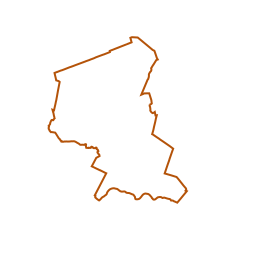 Manesti, Prahova, Romania, rotated 141°
{"feature_id": "2599482B80791609444721", "entity_name": "Manesti", "entity_type": "district", "adm_level": 2, "iso_a3": "ROU", "parent_name": "Romania", "parent_adm1": "Prahova", "projection": "robinson", "projection_center": [25.843, 44.863], "detail": "fine", "context": "isolated", "style": "outline", "palette": "amber", "viewbox_px": 256, "rotation_deg": 141, "n_neighbors": 0, "source": "geoboundaries", "source_scale": "gbopen_adm2", "svg_char_len": 5492}
<svg xmlns="http://www.w3.org/2000/svg" viewBox="0 0 256 256"><g transform="rotate(141 128 128)"><path d="M188.2,179.6L188.2,179.4L188.3,179.0L188.5,178.8L189.0,178.6L189.1,178.4L189.4,178.2L189.5,177.9L189.8,177.7L190.1,177.4L190.2,177.1L190.2,176.6L190.2,176.3L190.4,175.8L190.6,175.5L190.6,175.3L190.5,175.0L190.6,174.7L190.6,174.3L190.6,173.9L190.5,173.4L190.4,173.4L188.8,171.7L187.5,170.2L187.6,168.8L188.2,164.0L188.3,163.6L188.3,163.4L188.1,162.9L188.0,162.6L188.1,162.3L188.3,160.4L187.9,160.1L187.7,159.4L188.1,159.1L187.6,158.6L187.0,158.1L186.7,157.9L185.6,157.3L185.1,156.8L184.6,156.5L183.8,155.8L182.2,154.5L180.1,153.1L179.3,152.4L178.3,151.7L177.7,150.8L177.3,150.0L176.6,148.0L176.3,147.4L176.1,146.9L175.7,145.1L175.4,144.8L173.4,143.2L173.0,142.8L172.8,142.6L172.7,142.5L172.4,142.4L172.1,142.4L171.6,142.4L171.1,142.1L171.0,141.9L170.9,141.7L171.0,141.5L171.1,141.4L171.6,141.0L172.0,140.7L172.9,138.9L171.6,137.6L171.1,137.2L170.8,137.3L170.6,137.0L169.9,136.3L169.6,136.1L169.2,136.0L168.7,136.4L168.5,136.5L168.3,136.5L168.1,136.4L167.7,135.8L167.6,135.6L167.5,135.3L167.5,135.1L167.6,134.7L167.6,134.4L167.4,134.0L166.6,133.3L166.3,133.1L166.1,132.9L165.7,133.0L165.4,133.0L165.2,132.9L165.0,132.7L164.9,132.6L164.9,132.4L165.0,132.2L165.2,131.8L165.4,131.5L165.4,131.4L165.5,131.1L165.5,130.8L165.2,130.3L165.2,130.1L165.3,129.7L165.5,129.1L165.6,128.7L165.8,128.7L166.1,128.7L166.3,128.7L166.5,128.7L166.8,128.6L167.0,128.4L167.1,128.2L167.2,127.9L167.1,127.6L167.2,127.2L167.3,126.5L167.3,126.3L167.3,126.1L167.1,125.7L167.2,125.1L167.4,124.7L167.7,124.3L167.8,124.1L171.4,124.8L180.3,121.0L176.3,112.6L176.2,112.6L174.3,108.4L173.9,107.5L173.4,106.5L186.0,101.0L196.1,96.6L195.9,96.3L195.8,96.1L195.9,95.9L196.0,95.7L196.7,95.3L196.8,95.1L197.0,94.9L197.1,94.6L197.1,94.4L197.0,94.0L196.9,93.0L196.7,92.2L196.3,90.6L196.3,90.4L196.2,90.2L196.0,89.9L195.9,89.9L195.7,89.8L195.2,89.9L194.7,89.9L193.9,90.0L192.7,90.2L192.2,90.3L191.4,90.3L190.8,90.2L190.0,90.0L189.1,90.0L188.2,90.0L187.3,89.9L186.9,89.9L186.5,90.0L185.9,90.2L185.3,90.7L184.5,91.1L183.6,91.4L182.6,91.6L181.8,91.7L181.3,91.7L180.6,91.7L180.0,91.6L178.8,91.2L177.8,90.7L176.8,90.0L175.6,88.4L174.8,87.5L174.5,86.6L174.2,85.1L174.0,84.6L173.9,84.1L173.8,83.7L173.1,82.7L172.4,82.1L171.2,81.3L170.6,80.8L170.3,80.3L170.1,79.6L170.1,79.1L169.6,78.2L168.0,76.7L167.6,76.0L166.5,73.9L165.9,73.0L165.8,72.4L165.8,72.0L165.9,70.7L165.9,70.2L166.3,69.5L166.5,69.1L166.7,68.7L166.9,68.2L166.8,67.9L166.7,67.7L166.2,67.2L165.8,66.9L165.4,66.6L165.1,66.4L164.4,66.1L163.9,65.9L163.5,65.9L163.1,65.9L162.7,65.9L161.7,66.1L161.0,66.2L159.5,66.6L158.9,66.7L157.9,66.8L156.8,66.6L156.3,66.4L155.9,66.2L155.6,66.0L154.9,65.2L154.1,64.3L153.8,63.9L153.6,63.3L153.4,62.7L153.3,61.7L153.3,60.8L153.2,59.9L153.3,59.1L153.5,58.3L153.4,58.0L153.3,57.9L153.3,57.6L153.3,57.4L153.4,57.1L153.4,56.9L153.3,56.5L153.1,56.2L152.8,55.9L151.7,55.4L148.6,55.4L147.6,54.9L146.5,54.2L145.9,53.5L145.6,53.1L145.3,52.0L145.1,51.8L144.1,51.4L143.8,51.2L143.4,50.8L142.3,49.1L141.4,47.8L140.6,46.9L140.3,46.6L140.0,45.7L140.1,45.3L140.2,44.6L140.0,44.4L139.2,43.8L138.9,43.4L138.6,43.0L138.4,42.1L138.0,41.5L136.7,39.0L131.4,40.0L128.0,40.7L122.0,41.9L122.4,42.8L122.6,43.1L121.9,43.3L121.7,43.4L121.5,43.6L121.3,43.8L121.2,44.1L121.1,44.3L121.0,44.6L121.1,48.4L121.0,57.0L121.1,59.4L121.8,60.4L124.4,64.3L128.1,69.6L125.4,71.3L120.2,74.6L116.6,76.8L115.0,77.9L108.9,81.7L105.9,83.5L106.9,87.4L107.0,87.8L109.2,95.3L110.2,98.5L110.5,99.7L110.7,100.5L111.1,101.7L111.8,104.0L112.8,107.4L113.1,108.0L109.8,110.3L108.3,111.5L107.2,112.4L102.9,115.7L100.1,118.0L99.1,118.8L99.1,118.7L97.6,119.8L98.7,120.5L97.1,123.6L98.1,123.6L98.8,123.8L99.4,124.0L99.7,124.6L99.8,125.2L99.9,126.0L99.8,126.9L99.7,127.5L98.7,128.6L97.7,130.3L97.5,130.6L97.5,130.8L97.4,131.1L97.3,131.5L96.4,132.6L96.5,132.7L95.9,132.3L95.3,132.1L94.1,132.1L92.3,135.0L89.7,141.6L90.8,142.5L93.3,144.4L93.5,144.6L94.7,144.9L96.7,145.5L82.4,153.2L82.1,153.3L81.6,153.3L81.4,153.4L81.1,153.6L80.6,154.0L80.2,154.2L79.6,154.7L79.0,155.3L78.8,155.5L78.6,155.8L78.3,156.2L78.1,156.4L77.9,156.6L77.4,156.9L76.9,157.1L75.5,157.6L75.2,157.6L74.6,157.7L74.0,157.9L73.7,158.1L73.2,158.5L73.0,158.8L72.6,159.4L72.5,159.8L72.4,159.9L72.2,159.9L69.0,161.1L68.7,161.1L64.4,162.6L63.2,163.0L62.1,162.6L61.8,162.5L61.6,163.8L61.6,164.0L59.3,170.2L59.1,170.9L58.9,171.4L59.2,172.1L59.7,173.1L60.7,178.3L63.5,192.2L67.8,196.1L69.4,196.6L71.3,192.3L93.7,199.4L94.3,198.4L100.6,200.4L101.0,200.6L105.1,202.0L108.7,203.2L110.1,203.5L110.4,203.6L111.7,204.0L112.1,204.2L112.3,204.2L114.2,204.9L114.8,205.0L119.0,206.5L119.8,206.7L120.5,207.0L121.0,207.1L121.3,207.2L121.5,207.3L129.5,210.0L132.0,210.8L133.2,211.2L133.3,211.3L133.8,211.4L135.0,211.9L141.0,213.8L143.1,214.5L143.3,214.6L144.3,215.0L147.1,215.9L147.6,216.0L147.8,216.2L148.0,216.2L149.7,216.8L150.5,217.0L152.4,213.0L153.6,210.6L153.7,210.4L153.8,210.2L153.5,209.8L152.8,208.7L152.5,208.3L152.2,207.5L152.1,206.8L158.9,201.1L166.3,194.7L167.4,193.9L169.8,191.9L170.6,191.3L171.1,190.9L174.4,188.3L175.2,189.7L176.4,187.0L176.4,186.8L177.9,184.0L178.3,183.0L178.7,182.3L178.8,182.2L179.0,181.8L179.0,181.7L180.2,181.5L180.9,181.2L181.2,181.1L181.4,181.2L181.4,181.4L181.5,181.5L181.7,181.8L181.9,182.0L182.2,182.1L182.3,182.2L182.6,182.2L182.9,182.1L183.7,181.8L184.2,181.5L184.7,181.2L185.1,181.0L185.4,180.8L185.9,180.2L186.1,180.1L187.0,179.8L187.6,179.7L188.2,179.6Z" fill="none" stroke="#b45309" stroke-width="2"/></g></svg>